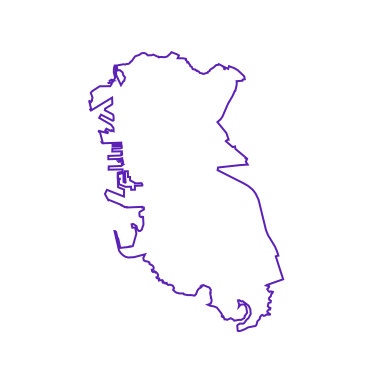 the district of WaitematÄ Local Board Area, Auckland, New Zealand, rotated 250°
{"feature_id": "76426892B73686765097584", "entity_name": "WaitematÄ Local Board Area", "entity_type": "district", "adm_level": 2, "iso_a3": "NZL", "parent_name": "New Zealand", "parent_adm1": "Auckland", "projection": "orthographic", "projection_center": [174.75, -36.855], "detail": "fine", "context": "isolated", "style": "outline", "palette": "violet", "viewbox_px": 384, "rotation_deg": 250, "n_neighbors": 0, "source": "geoboundaries", "source_scale": "gbopen_adm2", "svg_char_len": 6054}
<svg xmlns="http://www.w3.org/2000/svg" viewBox="0 0 384 384"><g transform="rotate(250 192 192)"><path d="M337.3,162.6L334.6,160.8L331.3,159.5L325.5,158.8L323.8,156.8L325.1,154.6L324.5,151.8L325.0,154.4L324.6,155.4L323.6,156.4L323.9,155.2L323.2,154.8L322.6,155.3L322.1,154.4L323.2,150.8L322.8,150.0L323.0,150.9L321.9,154.0L320.8,153.3L319.4,151.4L322.9,141.4L320.9,132.6L319.8,130.8L314.7,130.8L312.9,129.5L312.2,129.5L310.3,126.7L312.5,126.9L312.5,126.5L304.6,125.6L304.4,124.6L303.1,124.9L308.0,149.2L302.1,147.3L301.6,146.6L300.0,138.8L298.6,138.1L292.1,144.1L290.4,144.3L286.3,142.9L286.1,141.9L295.8,133.0L293.4,130.1L282.7,139.1L278.9,140.1L275.9,139.1L277.6,137.4L277.0,136.7L280.8,133.2L279.5,131.5L279.1,131.5L277.0,133.4L276.2,132.8L281.3,125.5L281.0,125.1L280.5,125.1L279.8,126.0L269.2,125.0L269.5,124.2L268.4,124.5L262.6,142.4L260.8,141.8L263.5,133.5L262.1,133.0L259.3,141.7L257.6,141.2L257.5,139.5L259.9,132.0L257.3,130.9L254.2,140.0L251.9,139.3L252.3,138.6L252.1,138.5L251.7,139.2L251.3,139.0L251.6,138.3L251.1,139.0L250.8,138.8L250.7,137.5L254.5,125.7L252.0,124.8L251.4,124.6L248.4,133.6L248.0,133.3L248.1,134.8L247.6,135.1L248.3,135.2L247.7,135.4L247.8,136.6L247.3,136.7L247.5,137.9L246.2,137.5L246.5,136.4L246.2,136.4L246.3,134.8L246.0,134.7L245.8,133.2L245.4,133.4L245.3,135.3L245.6,136.3L245.1,136.5L245.3,137.6L244.1,137.5L244.1,136.8L244.0,137.3L243.2,137.1L243.1,136.3L242.9,137.0L242.4,136.9L242.6,136.3L241.9,136.7L242.4,134.8L241.7,136.6L241.1,136.1L240.7,134.3L244.5,122.5L241.5,121.3L237.0,134.5L234.9,133.8L235.1,130.5L235.3,130.5L235.5,128.8L231.3,127.2L231.2,127.6L233.9,128.5L233.4,134.1L224.8,131.1L223.6,132.4L223.7,132.9L227.9,134.0L228.1,133.3L229.0,133.5L228.8,134.2L234.4,136.1L233.4,138.8L228.0,137.0L227.3,138.9L224.1,137.8L220.2,141.4L219.6,141.2L217.6,147.6L215.9,147.9L215.1,147.5L217.3,140.4L213.7,139.2L214.9,135.6L217.8,136.5L219.6,131.3L224.2,126.1L229.0,127.6L228.7,128.5L229.2,128.7L229.8,126.8L221.7,124.2L217.5,129.0L211.0,126.5L223.1,112.8L219.9,109.5L213.3,110.5L213.5,110.7L203.8,121.4L203.5,121.1L201.2,123.6L200.8,123.5L200.1,125.7L199.7,125.6L195.0,140.3L194.3,140.0L193.8,141.4L192.0,140.8L191.2,136.1L190.5,135.4L187.3,134.5L185.7,135.6L185.9,136.6L185.3,137.5L178.1,135.3L173.8,131.9L173.1,130.0L173.7,128.5L176.2,127.8L178.9,128.2L182.1,125.8L182.3,124.2L178.9,123.7L178.1,126.2L177.6,126.4L171.9,125.5L161.4,117.9L161.6,115.6L162.2,115.2L162.3,114.6L161.9,114.2L164.0,105.5L173.5,106.7L173.6,106.2L174.2,106.2L180.3,107.0L181.6,106.4L181.8,105.8L162.0,103.4L158.8,104.2L156.2,105.5L154.1,107.1L152.3,109.6L150.6,115.2L149.5,126.6L146.7,123.7L144.3,123.3L143.0,124.5L141.4,127.1L140.3,127.9L139.2,127.4L137.8,128.3L137.6,128.9L135.6,130.1L134.3,130.2L132.8,129.5L132.3,128.6L132.7,127.7L131.3,127.4L130.3,127.8L130.0,128.7L130.3,129.7L128.9,130.1L129.1,130.7L127.8,131.4L126.2,131.8L124.6,131.4L124.0,130.5L124.0,129.4L123.3,129.4L122.1,130.7L122.0,131.5L120.9,131.5L120.5,130.7L120.1,130.7L120.2,131.2L119.2,134.1L117.4,134.4L117.3,133.5L116.7,133.6L116.0,135.5L115.4,135.5L115.2,137.0L114.3,136.7L113.9,137.3L112.8,137.8L112.4,139.8L110.7,141.8L108.2,142.3L107.5,142.0L107.0,141.0L106.5,140.8L103.6,142.2L102.6,143.2L100.9,145.6L99.6,149.3L98.5,149.5L97.0,152.0L96.0,154.0L95.9,155.0L93.7,159.1L94.5,160.7L97.9,163.8L99.0,165.9L99.0,166.7L100.1,168.2L99.6,168.5L99.9,168.8L100.3,168.5L100.3,169.3L100.8,169.2L100.7,170.7L96.2,175.7L93.4,176.2L91.1,174.6L90.7,175.0L89.5,174.2L86.5,173.9L86.0,173.4L84.8,173.7L82.6,173.0L80.9,171.6L81.0,171.0L80.6,170.5L80.7,168.3L79.1,169.9L76.9,173.6L74.8,175.9L67.4,178.2L66.4,178.1L65.1,177.4L64.2,177.8L64.4,178.9L61.2,179.0L61.0,180.1L59.9,181.1L60.1,185.3L57.6,187.4L56.6,187.7L55.9,192.1L55.0,194.6L55.6,197.8L56.6,198.9L57.3,198.9L59.7,202.5L65.3,203.6L66.9,203.1L68.7,203.5L68.6,202.2L69.5,199.3L68.1,196.7L69.9,197.8L74.4,198.1L74.2,199.4L72.2,201.1L72.1,202.2L65.9,206.3L61.9,206.7L57.2,205.4L54.0,201.7L53.4,199.8L50.9,195.9L50.8,195.0L52.0,192.0L51.4,189.3L50.9,188.8L46.1,187.5L45.4,188.0L44.9,190.5L45.0,194.5L45.6,198.5L44.4,205.9L45.1,207.1L48.1,209.2L49.5,212.1L51.6,213.6L52.4,215.2L52.5,216.0L51.1,217.0L50.9,218.2L51.4,220.2L50.9,221.3L50.2,221.8L50.1,221.6L50.5,222.8L49.8,224.0L53.2,221.8L54.2,221.9L55.2,223.8L54.9,225.2L56.2,226.0L57.4,224.6L58.8,224.2L61.5,225.9L61.4,228.2L62.9,228.9L64.3,227.7L65.8,228.0L66.5,228.8L67.0,230.3L69.3,231.9L69.4,232.9L70.5,233.8L71.6,232.2L71.6,230.8L72.2,230.2L75.0,229.5L76.2,231.7L77.1,232.2L78.8,229.7L79.0,230.4L78.8,247.8L102.9,248.7L102.7,251.4L107.1,251.6L112.4,251.3L125.3,248.7L130.9,248.5L162.0,251.9L169.1,251.2L173.7,249.7L178.5,246.8L182.6,243.4L203.8,223.5L206.1,224.9L200.9,246.1L198.7,253.7L202.0,252.9L204.3,255.2L204.9,254.9L204.6,254.3L205.3,253.9L205.6,254.5L217.7,247.5L220.1,248.0L220.3,245.6L228.2,241.2L228.9,243.0L228.6,244.3L235.6,244.5L249.0,239.8L250.6,243.8L252.4,246.4L262.7,256.1L268.3,262.9L272.4,266.8L272.3,267.3L276.2,269.9L279.1,271.4L280.9,271.8L279.3,277.5L280.3,278.1L279.9,280.1L282.2,280.6L283.4,280.4L290.9,276.6L294.0,274.0L297.6,269.8L295.3,268.1L297.4,266.1L296.2,264.8L296.6,264.4L297.4,265.2L298.1,264.5L298.5,265.0L303.0,260.9L302.5,260.2L303.0,258.2L301.6,254.8L300.9,251.4L300.5,250.5L299.8,250.1L299.3,247.9L298.7,247.6L299.1,242.8L300.0,242.1L301.2,240.1L303.0,239.5L304.0,238.0L304.7,238.0L305.2,237.0L306.0,236.9L307.2,234.7L309.9,234.5L310.7,233.5L312.1,233.6L313.9,233.0L315.2,233.0L315.2,231.9L317.3,231.8L318.1,231.3L319.0,231.9L319.3,231.7L320.5,229.8L322.6,224.3L324.8,226.4L326.8,224.7L330.4,220.5L329.3,218.7L327.8,215.0L328.0,212.4L329.9,208.1L329.8,207.0L330.8,206.6L331.0,205.9L334.3,202.7L334.4,200.6L335.5,197.2L337.6,196.2L339.2,194.3L339.6,191.8L338.8,189.0L339.0,186.3L338.8,184.7L335.5,180.0L335.3,179.4L335.5,179.0L334.3,177.3L334.2,175.5L334.7,174.4L334.6,173.0L335.5,171.1L336.4,165.8L336.4,164.8L335.6,164.2L331.6,163.7L331.2,165.9L328.1,167.7L325.0,167.4L322.7,168.3L319.6,166.3L319.5,165.3L316.7,161.8L327.6,160.8L330.7,161.5L334.9,163.2L336.6,164.4L337.3,162.6Z" fill="none" stroke="#5b21b6" stroke-width="2"/></g></svg>